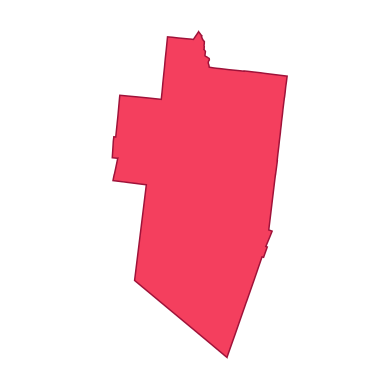 Presidente Roque Sáenz Peña, Córdoba, Argentina (Robinson projection), rotated 97°
{"feature_id": "61730980B59546711189461", "entity_name": "Presidente Roque Sáenz Peña", "entity_type": "district", "adm_level": 2, "iso_a3": "ARG", "parent_name": "Argentina", "parent_adm1": "Córdoba", "projection": "robinson", "projection_center": [-63.913, -34.182], "detail": "fine", "context": "isolated", "style": "filled", "palette": "rose", "viewbox_px": 384, "rotation_deg": 97, "n_neighbors": 0, "source": "geoboundaries", "source_scale": "gbopen_adm2", "svg_char_len": 3374}
<svg xmlns="http://www.w3.org/2000/svg" viewBox="0 0 384 384"><g transform="rotate(97 192 192)"><path d="M65.4,111.7L65.4,114.8L65.4,117.6L65.4,119.7L65.4,125.9L65.4,134.2L65.3,138.8L65.4,147.0L65.4,150.9L65.5,155.1L65.8,155.1L65.8,158.6L65.8,158.8L66.1,170.7L66.1,179.4L66.2,182.6L66.2,185.8L66.0,190.1L65.8,190.2L65.5,190.2L65.3,190.3L65.0,190.4L64.8,190.5L64.6,190.5L64.2,190.6L63.8,190.8L63.5,190.9L63.1,191.1L62.9,191.2L62.8,191.3L62.6,191.4L62.4,191.5L62.2,191.5L61.9,191.6L61.7,191.6L61.3,191.6L61.2,191.7L60.8,191.6L60.6,191.6L60.4,191.5L60.2,191.5L59.9,191.4L59.6,191.3L59.4,191.2L59.2,191.0L59.0,190.9L58.9,190.9L58.5,190.9L58.2,191.0L57.8,191.1L57.6,191.2L57.4,191.2L57.3,191.3L57.2,191.6L57.1,191.9L57.0,192.1L56.9,192.3L56.8,192.5L56.7,192.7L56.5,193.0L56.4,193.2L56.3,193.4L56.2,193.6L56.1,193.8L56.0,194.0L55.9,194.3L55.9,194.5L55.7,195.0L55.4,195.5L55.2,195.7L54.8,195.7L54.6,195.8L54.3,195.8L54.1,195.8L53.9,195.8L53.7,195.8L53.3,195.8L53.1,195.8L52.8,195.8L52.6,195.8L52.4,195.8L52.2,195.8L51.7,195.8L51.3,195.8L51.1,195.8L50.9,195.8L50.7,195.9L50.5,196.1L50.4,196.2L50.2,196.4L50.1,196.5L49.9,196.7L49.8,196.8L49.6,197.0L49.4,197.1L49.3,197.3L49.1,197.4L49.0,197.6L48.7,197.5L48.6,197.4L48.4,197.4L48.2,197.4L47.8,197.5L47.7,197.5L47.3,197.6L47.2,197.5L46.7,197.5L46.3,197.5L46.0,197.6L45.8,197.7L45.6,197.8L45.2,197.9L44.9,197.9L44.6,197.9L44.4,197.9L44.1,197.9L43.9,197.9L43.7,197.9L43.3,197.9L43.1,197.9L42.9,197.9L42.7,198.0L42.2,198.0L41.8,198.0L41.6,198.0L41.4,198.0L41.2,198.1L41.1,198.3L40.9,198.4L40.8,198.6L40.6,198.7L40.5,198.8L40.3,199.0L40.2,199.1L40.1,199.3L39.9,199.4L39.7,199.6L39.6,199.8L39.3,200.0L39.1,200.2L38.9,200.2L38.7,200.3L38.5,200.5L38.3,200.6L38.1,200.7L37.9,200.8L37.7,200.9L37.5,201.0L37.2,201.2L37.0,201.4L36.8,201.4L36.6,201.5L36.5,201.4L36.1,201.3L35.9,201.2L35.8,201.4L35.6,201.5L35.3,201.8L35.2,202.0L34.9,202.3L34.6,202.6L34.3,202.9L34.1,203.0L33.8,203.3L33.7,203.5L33.4,203.7L33.3,203.9L33.1,204.0L32.9,204.2L32.8,204.4L32.6,204.5L32.3,204.9L32.1,205.0L33.9,205.9L34.9,206.4L37.6,207.8L40.4,209.2L40.4,209.9L40.4,212.2L40.5,214.4L40.8,224.8L40.8,228.1L40.8,230.0L41.0,235.2L54.1,234.9L61.9,234.8L65.9,234.7L68.6,234.6L71.9,234.5L77.8,234.4L82.8,234.3L87.8,234.2L90.6,234.1L96.9,233.9L98.1,233.9L103.8,233.8L104.0,246.3L104.3,258.8L104.6,267.9L104.7,272.1L104.8,275.4L106.8,275.4L125.6,274.8L131.0,274.7L141.0,274.5L146.7,274.4L146.7,276.3L150.9,276.3L157.4,275.9L167.7,275.3L167.6,270.7L167.6,270.0L167.5,269.8L177.2,270.6L180.6,270.9L183.9,271.2L184.1,271.3L184.7,271.4L188.6,271.7L190.0,271.8L190.3,271.8L190.3,271.1L190.4,238.5L190.4,238.2L286.8,238.2L339.3,156.6L344.9,148.0L350.4,139.5L351.9,137.1L351.7,137.1L343.0,135.2L328.1,131.9L301.6,126.2L300.7,126.0L300.3,125.9L295.5,124.9L293.5,124.4L271.5,119.6L269.1,119.1L264.0,118.0L260.1,117.2L247.9,114.6L248.0,113.7L248.1,113.0L245.4,112.4L237.4,110.6L237.1,112.1L227.1,109.3L221.1,107.7L220.3,111.2L207.9,111.2L173.8,111.3L170.1,111.3L164.5,111.3L164.5,111.2L153.1,111.1L150.6,111.1L150.6,111.3L143.3,111.4L141.3,111.4L139.8,111.4L139.7,111.4L138.3,111.4L135.7,111.4L130.3,111.5L126.7,111.5L124.9,111.5L122.4,111.5L119.6,111.6L116.8,111.6L114.1,111.6L111.4,111.7L108.7,111.7L108.2,111.7L103.2,111.7L99.0,111.8L97.8,111.8L93.0,111.8L87.1,111.8L86.7,111.7L81.7,111.7L76.3,111.8L71.2,111.7L65.4,111.7Z" fill="#f43f5e" stroke="#9f1239" stroke-width="1.5"/></g></svg>